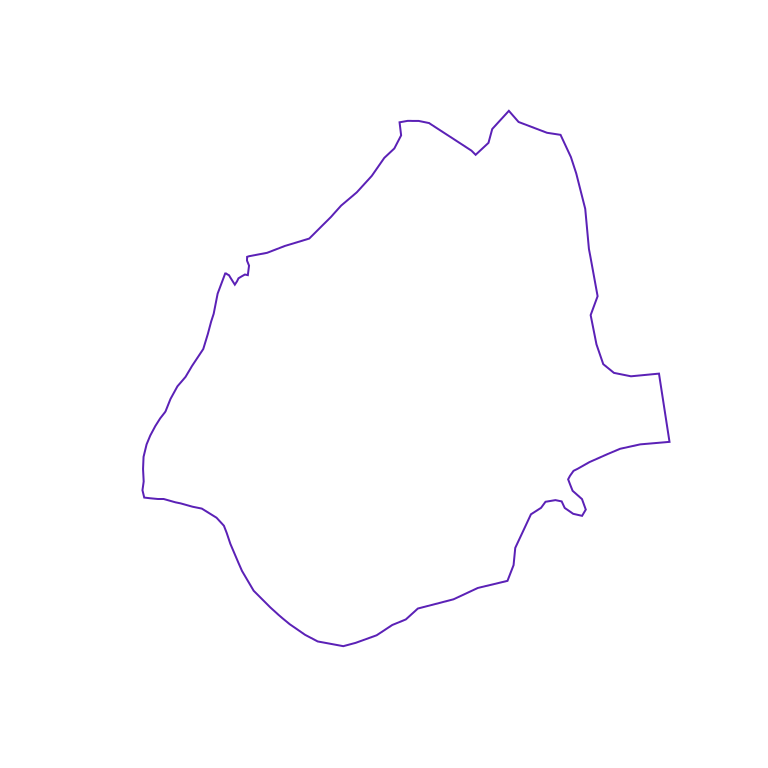 Kaltungo, Gombe, Nigeria (orthographic projection), rotated 65°
{"feature_id": "59680162B43215766185997", "entity_name": "Kaltungo", "entity_type": "district", "adm_level": 2, "iso_a3": "NGA", "parent_name": "Nigeria", "parent_adm1": "Gombe", "projection": "orthographic", "projection_center": [11.405, 9.843], "detail": "fine", "context": "isolated", "style": "outline", "palette": "violet", "viewbox_px": 768, "rotation_deg": 65, "n_neighbors": 0, "source": "geoboundaries", "source_scale": "gbopen_adm2", "svg_char_len": 1881}
<svg xmlns="http://www.w3.org/2000/svg" viewBox="0 0 768 768"><g transform="rotate(65 384 384)"><path d="M385.6,649.3L388.8,644.1L392.8,637.3L395.1,632.3L403.1,623.0L406.3,618.7L414.3,609.4L419.9,601.8L434.4,592.3L444.8,589.0L452.5,589.5L463.9,590.8L484.6,591.5L493.4,591.7L504.9,590.6L516.3,589.5L538.3,581.5L548.8,577.1L553.0,575.2L561.8,571.0L578.0,561.5L589.3,552.9L594.0,546.3L604.4,531.7L606.2,521.4L606.6,519.2L608.6,497.1L608.6,496.7L605.9,478.4L606.6,463.7L601.8,448.2L608.5,412.0L608.5,385.1L614.5,355.7L614.6,355.3L602.9,343.1L588.0,334.3L574.2,317.8L564.2,305.9L562.6,294.0L559.0,287.4L561.7,277.7L565.5,272.6L572.7,272.6L581.6,267.4L587.2,260.2L583.1,254.2L572.0,253.2L560.5,258.2L553.7,257.8L548.2,257.4L545.8,254.2L542.8,248.9L542.7,244.8L541.6,230.7L542.0,210.7L542.5,197.4L547.0,177.3L557.1,149.7L490.8,130.4L481.4,156.9L471.1,170.9L458.7,176.9L437.9,174.7L408.9,167.6L394.7,153.3L355.7,143.1L348.2,141.2L310.3,127.6L274.5,120.8L257.3,118.7L232.8,118.7L225.2,130.1L203.4,151.3L189.2,155.4L198.2,177.1L198.7,178.2L209.6,187.4L215.0,204.1L212.8,204.9L209.5,206.1L195.7,214.7L167.7,232.2L166.6,232.8L165.8,233.9L160.3,241.3L155.5,251.4L153.4,259.3L165.9,263.4L174.9,275.1L179.2,288.2L190.2,307.1L198.8,327.7L204.2,347.5L208.8,358.3L209.0,358.7L210.2,361.5L214.3,372.9L220.6,390.3L217.0,415.4L215.7,434.5L211.2,452.1L210.9,454.3L214.2,456.0L219.7,456.3L220.0,456.5L227.8,461.4L226.0,463.8L226.3,467.7L226.7,471.2L228.8,473.8L230.9,477.2L227.0,477.7L223.9,478.1L221.3,478.4L220.8,478.4L219.7,478.6L218.7,479.5L217.1,480.4L216.7,481.2L231.8,496.6L248.4,508.7L254.4,514.3L264.2,522.5L275.9,533.0L286.9,551.0L287.3,551.5L293.7,560.9L298.8,572.2L307.3,583.8L316.5,593.6L317.1,594.6L320.2,600.7L320.7,601.6L325.0,608.3L325.3,608.8L331.9,617.6L338.4,624.7L348.4,632.7L359.2,638.3L370.8,643.0L378.2,647.8L385.6,649.3Z" fill="none" stroke="#5b21b6" stroke-width="2"/></g></svg>